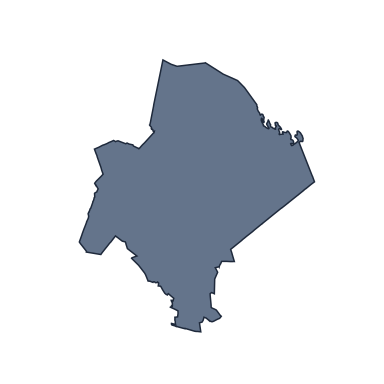 outline of Stradu pag., Gulbene, Latvia, rotated 249°
{"feature_id": "27541924B17410548026039", "entity_name": "Stradu pag.", "entity_type": "district", "adm_level": 2, "iso_a3": "LVA", "parent_name": "Latvia", "parent_adm1": "Gulbene", "projection": "equal_earth", "projection_center": [26.834, 57.111], "detail": "fine", "context": "isolated", "style": "filled", "palette": "slate", "viewbox_px": 384, "rotation_deg": 249, "n_neighbors": 0, "source": "geoboundaries", "source_scale": "gbopen_adm2", "svg_char_len": 5800}
<svg xmlns="http://www.w3.org/2000/svg" viewBox="0 0 384 384"><g transform="rotate(249 192 192)"><path d="M268.2,137.3L268.0,134.5L268.0,132.3L267.7,130.1L267.6,127.1L267.7,125.4L267.2,121.2L267.0,116.3L262.5,116.2L260.1,116.3L258.8,116.1L247.5,115.8L244.7,115.5L240.5,115.4L239.2,112.8L236.5,106.7L235.4,104.8L234.9,104.2L232.5,104.6L232.7,104.8L228.5,105.5L227.0,103.8L226.2,103.2L226.2,102.8L225.8,100.7L225.6,100.5L222.1,99.4L221.9,98.8L219.7,97.3L218.3,95.8L217.9,95.7L213.2,91.7L212.9,91.0L210.3,88.8L210.4,88.7L210.2,88.4L208.9,87.2L206.5,86.9L205.4,86.2L204.9,86.0L201.8,82.8L201.6,82.8L198.9,80.4L196.2,77.9L192.3,74.5L192.1,74.4L190.1,72.7L185.7,68.9L183.9,69.3L174.9,72.1L174.6,72.2L174.3,72.1L173.8,71.8L166.3,84.5L167.6,86.4L173.2,95.9L173.3,96.0L173.8,96.9L174.3,98.1L177.6,103.5L178.4,104.8L171.1,109.3L169.3,111.9L167.1,111.8L167.0,111.7L162.3,111.4L152.0,117.6L152.1,113.1L152.0,112.0L151.8,111.8L142.7,115.9L133.4,118.7L131.4,119.0L124.7,119.1L124.7,119.3L124.1,119.9L124.0,120.3L124.0,120.5L123.6,121.0L122.8,121.8L121.6,123.2L122.0,123.8L121.6,124.8L120.5,125.3L119.9,127.1L120.3,127.5L120.1,127.7L119.3,128.2L119.0,128.2L118.6,128.1L116.4,126.8L115.3,128.9L115.1,129.0L111.4,129.5L107.3,130.3L105.6,131.2L105.4,131.4L104.7,132.2L105.2,132.6L105.2,132.9L105.5,133.2L105.6,133.5L102.5,135.1L99.3,136.9L97.2,135.3L97.9,134.7L98.2,134.2L98.3,133.8L96.9,134.0L97.0,133.7L96.7,133.7L96.3,133.9L95.7,133.9L94.5,133.6L94.4,133.4L94.2,133.3L93.4,133.2L93.1,133.0L92.8,132.9L92.5,132.7L92.8,132.3L92.2,132.3L91.9,131.5L92.2,131.3L92.4,130.7L92.2,130.5L91.2,131.5L89.2,133.5L86.1,136.3L83.7,135.5L80.6,133.8L81.2,131.1L80.6,131.0L78.6,130.1L77.1,130.0L75.9,129.5L74.2,129.2L76.5,126.0L76.1,125.8L76.3,125.6L75.7,125.4L75.0,125.6L73.1,128.1L72.4,128.7L72.2,128.9L71.9,129.3L72.1,129.4L70.5,131.4L66.8,136.5L67.1,136.7L61.2,144.4L60.3,145.9L59.8,147.2L58.3,150.1L63.3,151.2L67.2,152.1L66.9,154.7L68.2,156.4L70.8,158.3L69.6,159.6L69.3,160.0L67.4,161.1L65.6,162.0L65.8,162.1L65.3,162.4L64.4,163.2L64.0,163.6L64.0,163.9L63.7,164.4L63.6,164.6L63.6,166.2L63.7,166.8L64.1,170.2L64.1,172.1L64.3,172.8L64.6,173.4L65.5,174.8L66.9,174.1L73.1,172.4L74.9,170.8L75.2,170.4L76.8,168.9L77.1,168.7L77.6,168.6L79.6,169.3L88.9,171.9L90.6,172.5L91.1,174.3L89.0,176.4L102.6,182.0L107.9,187.2L113.0,186.6L112.5,190.6L112.4,190.6L113.1,191.1L114.6,192.6L114.6,192.9L116.6,194.8L114.9,199.3L113.5,202.4L111.9,206.6L118.2,207.1L121.6,207.4L124.6,207.5L129.1,221.4L129.3,221.6L130.6,225.6L131.1,227.1L133.3,234.3L134.3,236.9L137.2,245.8L137.3,246.1L137.2,246.1L137.5,246.9L137.8,247.7L141.0,257.5L141.1,257.8L145.0,269.9L144.9,270.0L153.4,296.7L153.5,296.7L154.4,299.4L154.3,299.5L156.4,305.8L157.6,310.0L163.6,310.1L163.9,310.0L199.4,309.7L199.3,309.9L199.9,310.1L200.2,310.5L200.4,311.2L200.4,311.6L200.3,312.0L199.6,312.8L199.6,313.1L199.6,313.4L199.9,313.8L201.1,314.3L201.9,314.8L202.4,314.9L203.7,314.9L204.6,315.1L205.6,314.9L206.3,314.8L208.4,314.4L210.4,313.3L210.9,312.8L211.0,312.4L211.0,312.1L210.7,311.7L208.1,310.9L207.6,310.5L207.5,310.2L207.6,309.9L208.1,309.2L208.1,308.8L207.8,308.5L207.0,308.0L206.4,308.1L205.2,309.0L203.5,309.5L203.0,309.6L202.2,309.7L201.7,309.4L200.9,307.7L200.2,305.5L200.0,304.0L199.6,303.3L199.5,303.0L199.6,302.5L199.5,301.9L199.6,301.7L200.0,301.5L201.3,301.4L201.7,301.4L201.8,301.7L201.8,302.0L201.3,302.9L201.2,303.8L201.4,304.4L201.6,304.6L202.3,304.8L203.4,304.8L204.0,304.7L205.2,303.9L205.4,303.7L205.4,303.3L205.8,303.1L206.4,303.2L206.8,303.6L207.2,304.0L208.2,304.2L208.6,304.5L209.3,304.5L211.6,304.2L213.7,303.7L214.5,303.3L214.7,303.0L214.7,302.8L214.7,302.6L213.6,301.6L213.6,301.4L214.7,299.5L214.9,299.1L215.6,298.6L215.7,298.4L215.7,298.1L215.5,297.9L215.1,297.8L213.5,297.9L213.4,297.9L213.3,297.7L213.7,296.9L213.8,296.3L214.1,295.6L214.1,294.8L214.3,294.2L214.8,294.1L215.7,294.9L216.3,295.2L219.1,295.2L219.4,295.3L219.9,296.0L219.9,296.3L219.8,296.5L219.0,297.1L218.4,297.4L218.3,297.5L218.3,297.9L218.5,298.1L220.5,297.8L221.6,297.4L223.4,296.6L223.9,296.5L225.4,296.7L225.7,296.7L226.2,296.4L226.5,296.2L226.9,295.4L226.9,294.6L226.7,294.3L226.3,294.2L225.3,294.0L224.3,293.7L224.0,293.8L223.6,294.3L223.2,294.3L223.0,294.1L222.3,293.0L222.0,292.8L221.8,292.6L220.9,292.6L220.7,292.5L220.8,292.2L221.0,291.9L221.8,291.3L222.9,290.3L223.7,290.0L224.0,289.5L224.5,289.0L225.1,288.9L225.8,289.0L226.5,289.5L228.5,289.2L230.0,289.3L230.8,289.1L231.3,289.2L231.8,289.1L231.8,288.9L230.5,288.0L229.9,287.3L229.2,286.4L229.0,286.2L228.2,286.0L225.3,286.5L224.4,286.8L223.9,286.7L223.7,286.6L223.6,286.4L223.7,285.9L225.8,284.1L226.4,283.9L227.7,283.0L227.9,282.9L228.0,282.5L228.2,282.4L229.2,282.7L230.0,282.6L232.2,282.3L233.8,282.3L234.5,282.4L235.8,283.2L235.9,283.3L235.9,283.5L235.6,283.7L235.1,283.8L233.5,283.8L232.6,283.7L231.7,283.7L231.3,283.8L231.2,284.0L231.4,284.3L231.7,284.5L233.3,284.6L235.7,286.0L236.0,286.1L236.8,285.8L237.1,285.8L238.7,285.9L239.2,285.7L239.7,285.0L239.7,284.7L239.7,284.4L239.3,283.7L239.3,283.3L240.0,283.2L241.4,283.4L243.7,282.8L246.0,282.7L246.4,282.8L247.0,283.4L247.3,283.4L247.9,283.4L248.1,283.5L249.0,283.3L249.4,283.5L250.0,283.7L250.3,283.8L270.7,278.4L279.7,274.5L290.8,263.4L307.7,250.9L307.8,250.8L307.7,250.7L308.7,246.8L308.9,246.1L314.7,223.1L318.8,218.2L325.7,212.2L287.4,187.7L285.8,186.8L272.2,178.3L269.8,176.7L269.7,176.4L269.1,176.5L267.7,177.1L266.9,177.2L266.4,177.2L265.8,176.7L265.3,176.7L264.9,176.9L264.8,177.5L264.4,177.7L263.8,177.7L263.2,177.5L262.5,177.6L262.3,177.7L262.2,178.0L262.2,178.6L260.9,177.7L260.8,177.0L254.9,165.3L253.9,162.9L253.1,161.3L251.9,159.1L251.5,158.1L251.9,158.1L252.1,157.4L255.9,153.8L257.2,153.7L259.3,150.5L261.0,148.9L260.8,147.4L266.3,141.3L266.5,139.4L266.4,138.8L266.4,138.7L268.2,137.3Z" fill="#64748b" stroke="#1e293b" stroke-width="1.5"/></g></svg>